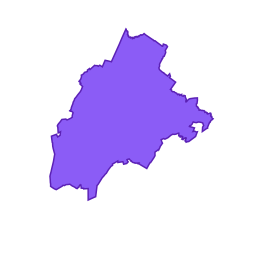 the district of Zantes pag., Kandavas, Latvia, rotated 122°
{"feature_id": "27541924B93807548705439", "entity_name": "Zantes pag.", "entity_type": "district", "adm_level": 2, "iso_a3": "LVA", "parent_name": "Latvia", "parent_adm1": "Kandavas", "projection": "natural_earth1", "projection_center": [22.704, 56.858], "detail": "fine", "context": "isolated", "style": "filled", "palette": "violet", "viewbox_px": 256, "rotation_deg": 122, "n_neighbors": 0, "source": "geoboundaries", "source_scale": "gbopen_adm2", "svg_char_len": 5344}
<svg xmlns="http://www.w3.org/2000/svg" viewBox="0 0 256 256"><g transform="rotate(122 128 128)"><path d="M107.3,69.3L99.4,66.2L94.5,67.2L95.2,67.9L95.3,69.7L96.5,71.0L96.2,71.0L92.7,71.7L94.2,76.7L93.3,76.8L93.1,76.3L91.1,75.7L88.3,75.9L87.8,74.0L87.1,72.7L85.7,71.6L85.1,70.5L84.6,69.2L84.1,67.4L85.9,65.1L87.7,65.2L91.6,63.1L87.1,61.2L85.9,60.4L85.3,60.9L80.1,61.8L80.1,61.6L79.9,61.6L79.6,61.4L79.2,61.4L77.7,61.7L75.9,60.8L75.4,60.8L75.2,60.8L75.3,61.0L75.1,61.4L74.8,62.3L74.7,62.6L74.1,62.8L73.9,63.0L74.2,63.3L74.3,63.5L73.9,64.3L73.7,64.4L73.2,64.3L72.9,64.4L72.9,64.8L72.3,65.0L72.0,65.2L71.7,65.6L71.6,65.8L72.0,66.4L72.6,66.8L73.2,67.3L73.6,67.7L73.6,67.9L73.9,68.1L74.0,68.2L73.9,68.4L73.7,68.6L73.4,68.8L73.6,68.9L73.4,69.3L73.2,69.9L73.2,70.3L74.0,71.1L73.1,71.8L73.0,72.8L73.4,73.2L73.5,74.0L74.2,75.0L74.3,76.2L74.8,76.5L75.2,77.2L74.5,77.7L74.0,78.3L73.8,78.8L73.7,79.0L73.9,79.2L73.8,79.3L73.8,79.8L73.2,80.0L73.2,80.9L73.3,81.4L71.4,82.8L70.6,82.5L67.7,83.8L65.7,85.1L67.3,87.4L70.3,91.0L71.8,91.9L74.5,92.3L75.1,92.6L74.6,93.3L73.1,93.5L72.4,94.3L71.5,95.7L70.4,96.5L70.7,97.9L71.8,98.0L72.1,99.6L71.9,99.9L71.6,99.9L71.5,100.2L71.1,100.3L71.7,101.0L72.5,101.1L73.0,101.6L72.2,102.5L72.5,103.2L73.4,103.6L73.3,104.0L72.7,105.1L73.0,106.9L72.8,108.2L73.6,109.4L73.4,110.8L72.6,111.3L72.8,112.4L63.9,111.9L63.3,119.5L61.7,119.4L60.2,121.2L60.0,121.4L62.9,122.0L62.5,126.9L62.3,126.9L62.4,128.4L62.3,129.5L62.2,129.8L61.8,132.3L60.6,133.7L59.0,133.9L57.8,134.6L57.2,135.1L52.6,135.5L51.9,135.4L51.5,135.8L50.6,135.5L48.6,136.0L48.1,135.3L44.0,136.0L42.4,137.5L38.1,137.6L37.4,139.3L38.1,142.5L39.8,142.0L39.9,141.9L40.3,142.0L40.5,142.3L40.0,148.8L39.7,151.4L39.8,151.6L40.0,151.6L40.3,152.0L39.9,153.7L40.0,153.8L39.7,162.2L39.4,164.4L40.8,164.8L41.0,164.9L41.7,165.4L41.8,165.6L42.0,165.7L41.9,165.9L41.9,166.0L42.2,166.5L42.6,166.7L42.6,166.8L43.3,167.0L43.6,167.3L43.7,167.2L44.3,167.4L44.8,167.3L44.9,167.7L45.1,167.8L45.0,168.0L45.7,168.2L45.6,168.5L45.7,168.8L45.9,168.9L46.2,168.8L46.3,169.0L46.0,169.2L46.0,169.3L46.3,169.4L46.3,169.5L46.1,169.5L46.4,169.9L47.0,170.5L47.4,170.2L47.6,170.2L48.1,170.2L48.4,170.5L48.9,170.5L49.0,170.8L48.9,171.0L48.7,171.3L48.6,171.5L48.8,171.5L49.0,171.4L49.4,171.5L49.3,171.8L49.1,171.9L49.1,172.0L49.4,172.0L49.0,172.4L49.0,172.7L49.8,173.1L50.0,173.5L50.3,173.6L50.3,173.9L49.8,174.0L49.6,174.2L49.7,174.4L50.0,174.6L50.4,175.2L50.4,175.6L50.1,176.0L50.1,176.4L49.8,176.6L49.5,176.4L49.4,176.5L49.4,177.1L48.9,177.4L48.9,177.6L49.0,177.7L49.0,177.9L48.6,177.9L48.1,178.2L47.7,178.4L47.6,178.7L47.4,178.8L46.9,178.8L46.6,179.0L46.4,179.3L46.2,179.6L46.1,179.8L46.3,180.0L46.2,180.2L46.3,180.6L46.2,180.9L46.2,181.2L45.6,181.5L45.2,181.9L45.1,182.2L54.5,180.9L61.4,179.8L80.6,177.2L81.7,180.5L82.7,183.3L89.7,182.2L89.7,185.2L90.5,185.6L91.4,185.9L91.4,187.2L92.4,188.8L92.5,189.5L98.5,191.2L98.0,192.2L98.9,192.5L100.3,193.1L101.4,192.5L101.7,192.4L102.4,193.0L103.9,194.4L104.7,194.4L105.0,194.3L106.4,194.7L106.7,194.8L107.9,195.6L109.2,194.6L111.5,194.0L113.5,194.1L114.2,194.3L114.5,194.2L114.2,193.3L114.6,193.1L114.7,192.9L115.0,191.7L116.1,192.1L116.9,188.5L120.5,187.8L122.5,187.7L126.6,188.2L129.4,188.4L131.2,188.7L131.7,188.7L132.8,188.3L135.0,188.2L137.1,187.5L138.0,187.4L140.5,186.9L142.1,186.3L143.5,186.2L144.2,186.6L144.3,186.6L144.3,185.9L144.0,185.2L143.7,184.7L144.0,183.0L144.3,182.6L145.7,182.3L147.4,181.7L148.1,181.2L148.3,181.0L149.3,181.4L150.0,181.7L153.3,183.8L153.6,184.6L153.3,185.4L155.8,188.6L157.4,188.7L158.7,188.8L161.5,189.2L163.1,189.2L163.7,189.0L164.7,187.8L169.2,184.6L168.2,184.1L167.6,183.5L167.0,183.2L170.2,181.7L172.8,182.9L171.3,185.4L175.5,188.6L176.9,187.5L180.4,184.6L180.6,184.0L181.2,183.7L183.3,182.2L185.1,180.5L187.8,177.6L189.0,176.3L196.1,173.4L204.4,170.6L205.4,170.2L208.4,169.3L210.3,168.6L212.7,166.8L215.7,164.7L215.8,164.5L217.0,163.6L218.5,162.7L218.5,162.3L218.6,160.5L218.6,158.2L218.3,156.2L212.2,153.0L211.1,152.8L210.4,151.3L209.0,150.7L207.2,148.3L206.5,147.6L206.7,144.5L206.5,143.1L206.4,140.9L206.6,140.1L206.3,139.0L205.9,138.8L204.8,138.9L204.4,138.3L203.0,138.6L202.1,138.6L201.8,138.5L201.9,138.4L201.4,137.7L201.9,137.4L203.3,136.1L203.8,135.8L202.7,133.6L203.1,133.3L200.8,130.1L200.5,129.7L210.2,123.6L204.6,119.9L203.4,119.0L194.0,123.4L193.1,123.8L191.9,123.5L189.6,123.5L183.8,123.5L181.8,123.1L179.1,122.8L177.9,122.4L174.0,122.5L169.5,122.1L167.9,121.3L166.8,122.1L165.1,121.1L161.4,119.2L162.6,118.3L159.3,114.5L161.0,112.5L158.8,110.3L156.6,109.9L156.1,111.1L155.7,111.6L155.3,112.1L153.6,110.6L154.2,108.8L154.1,108.0L154.5,108.0L154.6,105.4L153.9,103.7L154.1,103.4L152.8,101.5L152.6,101.2L152.0,100.3L152.9,100.4L152.5,99.1L152.6,98.1L152.4,90.6L147.7,90.9L145.5,90.9L145.3,90.5L143.0,90.4L139.8,90.3L137.2,90.4L134.6,92.1L134.0,92.3L129.7,90.5L129.8,90.4L127.8,90.6L126.6,90.9L122.6,90.7L121.9,91.9L120.3,93.7L118.0,92.1L117.9,90.8L115.1,89.0L111.2,87.7L109.6,86.8L109.6,86.7L108.7,85.1L107.7,84.0L105.9,82.7L105.5,82.2L107.0,81.1L107.7,80.9L107.7,80.2L107.1,79.5L108.0,78.9L107.6,78.4L106.7,78.4L106.4,78.2L106.4,77.1L107.2,77.0L107.6,76.5L108.9,76.5L108.7,75.2L107.2,75.2L107.0,74.5L106.0,74.3L105.7,73.8L105.6,73.4L105.8,73.2L108.3,72.9L108.2,72.4L108.8,72.3L108.7,72.0L108.7,71.6L109.2,71.2L107.8,70.0L107.5,69.6L107.3,69.3Z" fill="#8b5cf6" stroke="#5b21b6" stroke-width="1.5"/></g></svg>